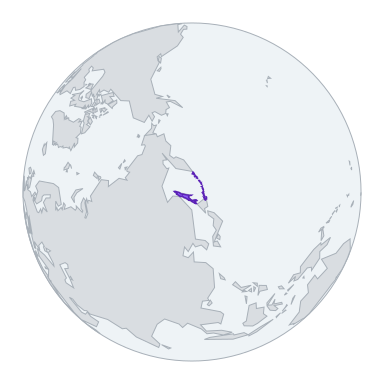 globe centered on Sakhalin, rotated 293°
{"feature_id": "RUS-2616", "entity_name": "Sakhalin", "entity_type": "Region", "adm_level": 1, "iso_a3": "RUS", "parent_name": "Russia", "parent_adm1": "", "projection": "orthographic", "projection_center": [146.417, 48.915], "detail": "fine", "context": "on_globe", "style": "filled", "palette": "violet", "viewbox_px": 384, "rotation_deg": 293, "n_neighbors": 0, "source": "natural_earth", "source_scale": "10m", "svg_char_len": 16478}
<svg xmlns="http://www.w3.org/2000/svg" viewBox="0 0 384 384"><g transform="rotate(293 192 192)"><circle cx="192" cy="192" r="169" fill="#eef3f6" stroke="#a8b0b8"/><path d="M281.8,324.7L281.8,325.2L281.6,325.3L281.8,324.7ZM341.4,113.2L342.7,115.6L343.0,116.9L340.5,113.6L333.9,116.9L342.6,119.7L342.4,122.7L339.9,123.6L338.4,120.6L332.8,119.8L330.9,123.5L320.8,121.5L304.6,110.9L307.0,109.2L302.8,107.1L299.6,109.3L298.5,111.3L279.7,110.0L267.4,119.7L268.4,127.5L264.3,122.4L269.5,140.7L266.0,150.5L267.0,136.6L264.8,133.2L260.9,138.3L257.7,135.9L254.0,137.1L250.7,133.9L251.5,126.4L249.3,124.3L246.7,128.1L241.6,127.6L245.8,122.3L237.4,120.9L237.3,109.0L251.3,98.7L248.3,90.7L254.9,77.1L251.3,76.3L251.5,71.1L247.5,68.3L249.9,66.9L244.6,66.0L243.2,67.8L240.4,68.1L237.9,66.8L240.5,64.6L242.2,65.0L241.6,63.7L244.0,63.2L241.4,62.7L244.8,60.5L237.8,60.7L237.4,57.4L240.7,56.4L245.1,59.1L263.6,64.6L268.3,65.1L270.5,62.8L264.5,52.8L267.7,52.6L268.6,50.4L264.7,49.1L262.6,50.5L255.5,48.0L253.8,50.3L250.7,49.8L247.0,51.5L242.5,48.6L240.1,45.0L242.8,43.5L241.9,42.0L235.1,41.5L236.3,37.4L230.1,32.5L231.0,31.9L240.1,33.7L250.6,38.2L262.4,41.9L249.6,37.0L252.0,36.2L250.2,35.2L247.1,34.0L244.2,33.4L243.9,32.8L256.5,37.0L256.9,37.6L252.9,36.2L257.9,38.4L266.4,41.9L266.9,41.6L279.1,48.3L279.7,48.2L282.7,49.9L281.0,49.4L284.2,50.6L298.7,61.0L299.5,61.7L304.3,65.8L308.1,69.4L313.1,74.7L314.1,75.4L319.4,82.1L326.6,91.0L332.7,98.5L333.1,99.1L341.4,113.2ZM327.4,220.0L326.0,217.3L328.2,217.1L327.4,220.0ZM324.2,217.0L324.9,217.6L324.2,217.3L324.2,217.0ZM323.1,217.6L323.9,217.2L323.1,218.0L323.1,217.6ZM321.7,218.9L322.4,218.1L322.3,218.3L321.7,218.9ZM319.0,219.9L318.3,220.0L318.9,219.0L319.0,219.9ZM298.5,112.7L299.9,109.7L303.9,108.7L303.2,111.5L298.5,112.7ZM290.3,114.9L290.0,112.6L294.7,114.6L293.4,115.3L290.3,114.9ZM269.8,133.8L271.5,130.9L270.9,134.5L269.8,133.8ZM254.1,137.9L254.6,139.5L252.5,139.5L254.1,137.9ZM249.8,53.0L248.5,52.3L249.8,52.3L249.8,53.0ZM249.5,54.6L252.0,55.2L252.2,56.0L250.6,55.6L249.5,54.6ZM245.4,134.7L241.8,134.3L245.6,133.3L245.4,134.7ZM246.3,53.6L252.3,57.4L252.6,59.0L246.9,58.8L246.3,53.6ZM239.8,133.2L231.1,132.8L231.5,136.3L225.5,126.4L234.9,129.9L239.5,128.1L238.1,130.9L239.8,133.2ZM243.9,69.0L245.2,67.0L246.4,70.0L243.9,69.0ZM245.3,70.9L252.8,80.4L249.6,82.9L247.7,79.1L245.3,83.7L240.0,80.3L240.1,77.0L243.3,76.0L238.8,75.5L245.3,70.9ZM223.6,121.3L221.7,120.2L223.9,119.9L223.6,121.3ZM239.4,68.5L241.2,70.1L238.5,72.4L234.4,69.7L236.6,69.8L239.4,68.5ZM247.3,86.7L244.5,88.1L239.5,85.7L237.7,85.9L239.6,80.5L247.3,86.7ZM235.9,68.6L232.4,68.3L231.4,66.0L237.5,67.1L235.9,68.6ZM239.6,74.2L238.1,75.2L237.6,73.7L239.6,74.2ZM225.8,58.3L228.1,59.9L226.8,61.2L225.8,58.3ZM231.1,68.3L231.5,69.1L231.2,69.9L228.7,69.3L231.1,68.3ZM235.9,79.2L234.4,78.0L234.9,81.3L231.1,79.8L233.0,76.5L230.6,77.3L229.5,76.9L232.3,74.7L235.9,79.2ZM225.5,71.0L226.6,66.6L222.8,63.2L223.7,61.9L229.8,67.6L225.5,71.0ZM229.3,73.3L227.2,71.5L229.4,70.7L232.3,71.4L229.3,73.3ZM227.9,80.0L233.1,83.2L232.5,83.8L227.9,80.0ZM223.9,70.1L223.7,71.2L223.4,70.0L223.9,70.1ZM226.1,77.1L228.1,78.1L227.4,78.8L226.1,77.1ZM221.6,72.7L221.9,71.2L223.9,71.6L221.6,72.7ZM223.3,74.8L221.8,75.6L224.4,72.6L224.3,75.1L223.3,74.8ZM225.1,77.6L225.3,78.3L224.4,77.1L225.1,77.6ZM214.0,72.2L216.7,68.4L221.0,69.2L217.8,72.8L214.0,72.2ZM115.0,41.6L100.2,50.7L97.0,52.9L94.6,54.0L76.0,69.3L75.5,70.6L63.4,84.5L58.3,92.8L64.8,90.3L73.2,76.5L79.3,71.9L76.4,80.9L69.8,93.9L71.9,92.6L80.0,82.9L82.5,84.8L83.3,79.6L80.0,82.5L80.4,79.5L83.5,76.7L84.2,77.3L87.3,73.4L82.9,71.8L79.1,74.6L84.8,66.2L79.0,70.2L79.2,68.9L89.0,61.7L91.1,61.1L106.1,51.5L104.5,51.4L90.2,60.5L92.8,58.3L90.5,58.7L94.4,56.6L110.4,47.2L118.3,41.6L121.3,38.5L137.0,32.3L141.4,31.3L127.3,37.3L129.1,37.4L137.9,35.1L132.9,37.3L134.7,37.2L130.0,39.8L129.1,43.2L125.2,46.2L130.5,47.5L129.2,49.3L126.4,47.9L122.4,48.8L113.2,57.4L113.1,59.0L117.3,59.3L114.3,61.8L119.5,61.0L117.0,66.6L124.4,59.3L129.5,60.0L131.1,63.7L134.1,62.7L131.5,56.9L129.3,55.9L125.3,57.0L120.4,53.7L122.3,50.8L132.4,49.8L136.3,45.8L142.5,47.2L145.6,61.2L144.0,67.5L129.5,76.5L126.7,74.5L130.4,70.1L121.8,73.7L124.9,73.6L122.4,75.9L126.7,77.6L125.1,79.4L131.8,78.2L130.4,80.5L126.1,81.2L131.1,86.3L129.6,91.7L131.5,92.1L133.9,90.9L130.4,98.9L131.9,98.9L133.7,96.2L138.0,94.4L144.1,94.5L142.5,97.2L140.1,97.6L132.6,102.7L126.4,103.4L126.4,104.6L131.4,104.6L140.5,98.4L144.6,97.7L140.7,100.9L142.4,99.7L144.0,100.2L144.1,103.5L148.6,100.1L167.9,103.7L169.9,110.7L164.3,112.9L176.1,119.5L177.5,127.6L179.1,125.0L185.9,126.9L185.5,124.3L186.8,123.3L204.1,127.8L206.9,131.3L216.1,131.1L217.0,129.9L215.4,127.2L225.5,126.4L231.5,136.3L229.3,138.5L234.6,143.4L228.7,148.0L226.4,154.4L217.0,157.1L215.9,162.1L218.1,163.5L218.3,171.8L211.1,184.5L207.3,168.0L216.1,149.3L211.7,156.2L209.8,152.9L206.5,154.4L203.6,159.6L205.0,161.3L185.6,162.1L172.9,173.5L180.8,176.0L182.9,181.9L175.4,198.8L150.0,213.6L152.5,223.1L150.8,227.7L144.5,228.1L146.8,221.3L142.8,216.6L145.1,212.9L135.7,211.8L138.5,206.6L129.8,208.6L130.1,214.2L137.3,216.8L128.5,221.3L132.4,232.3L129.7,241.4L112.9,250.1L100.4,247.9L98.9,250.0L95.6,244.3L88.7,245.6L92.9,265.0L91.9,268.9L81.8,270.1L82.1,267.1L73.1,251.8L69.6,259.6L76.3,273.3L78.6,283.8L72.6,276.6L70.6,266.9L67.4,261.2L69.6,254.1L69.5,239.2L63.6,236.3L65.4,231.6L64.4,216.4L56.6,211.6L43.4,211.2L39.5,221.9L35.9,222.1L36.8,197.4L40.9,184.7L38.9,181.3L41.7,164.2L39.8,145.7L41.6,141.5L40.8,139.1L43.2,130.5L46.8,124.1L47.2,120.3L38.2,137.4L37.9,141.7L40.7,142.5L37.9,147.3L36.0,156.8L30.7,156.7L31.3,139.9L34.9,130.9L53.5,98.1L54.9,97.0L55.2,96.7L55.6,96.2L53.7,97.3L58.1,91.8L44.4,110.9L40.5,117.4L31.3,140.0L31.3,139.9L29.4,146.3L27.5,157.3L26.7,159.8L25.6,162.9L28.1,151.1L31.4,139.6L35.5,128.3L40.4,117.3L46.1,106.8L52.5,96.6L59.7,86.9L67.5,77.8L75.9,69.3L84.9,61.3L94.5,54.0L104.5,47.5L115.0,41.6ZM59.2,111.6L57.5,120.5L64.5,113.5L64.4,116.4L66.8,113.1L65.0,112.9L71.7,104.8L73.3,107.9L76.7,105.9L77.4,102.8L73.4,98.7L63.8,110.0L61.5,109.3L59.2,111.6ZM251.3,36.0L250.2,35.6L247.4,34.4L249.5,35.0L251.3,36.0ZM230.7,29.6L230.7,28.8L232.1,29.7L234.9,30.1L241.4,32.8L231.8,31.8L235.0,31.6L230.7,29.6ZM247.3,36.5L244.3,34.6L248.0,36.7L247.3,36.5ZM149.6,35.5L146.1,36.3L145.1,35.4L150.2,32.6L151.7,33.7L149.6,35.5ZM141.4,37.8L150.0,38.0L147.3,40.1L147.3,38.8L144.6,40.2L144.1,38.5L132.9,40.7L131.3,40.1L141.5,34.6L139.1,36.5L142.7,35.5L141.4,37.8ZM177.1,38.0L180.8,39.0L169.9,42.1L167.7,40.9L172.6,37.7L178.1,37.3L177.1,38.0ZM235.1,52.9L237.2,53.7L236.5,54.2L234.1,54.0L235.1,52.9ZM227.0,58.9L225.0,50.4L227.4,50.8L223.4,45.8L228.1,44.9L230.5,48.1L231.1,43.9L235.1,46.4L234.8,43.5L239.6,50.7L243.3,53.0L237.5,50.7L233.1,51.4L232.3,52.4L232.8,57.2L238.5,63.0L235.0,64.9L231.1,64.7L229.3,63.6L232.1,62.7L227.5,61.9L230.2,59.7L227.0,58.9ZM187.3,66.1L191.3,64.7L182.7,64.3L185.3,61.5L184.1,61.6L184.1,59.0L182.1,56.1L183.9,55.2L182.4,54.5L182.3,52.9L180.8,51.7L183.6,49.6L181.9,48.1L184.2,48.0L180.5,46.0L184.5,46.6L184.8,44.8L180.8,45.1L199.6,38.4L204.4,35.7L206.3,33.2L212.9,35.0L215.3,38.7L214.8,43.4L209.2,46.0L213.2,46.5L211.7,48.0L209.2,47.0L212.1,49.5L210.2,50.5L209.9,55.6L215.3,59.1L215.3,61.2L212.2,60.4L214.4,63.1L208.5,63.0L208.4,64.6L202.5,66.3L196.7,64.0L196.9,66.0L192.5,67.6L187.3,66.1ZM212.2,72.6L204.6,70.1L202.3,67.5L213.5,65.7L214.4,64.3L221.5,63.4L224.7,67.3L222.4,67.2L220.9,68.0L220.5,66.4L219.7,68.3L216.5,68.2L215.0,69.7L212.9,68.5L212.2,72.6ZM96.1,54.0L94.2,55.6L91.7,57.8L90.1,58.3L96.1,54.0ZM107.0,47.5L105.6,48.5L102.3,50.0L104.3,48.5L107.0,47.5ZM107.8,48.1L105.8,48.5L108.1,47.4L107.8,48.1ZM125.4,49.1L124.3,50.5L123.0,50.7L122.3,50.0L125.4,49.1ZM162.2,65.5L164.9,64.8L165.2,65.5L170.9,66.3L169.5,68.7L165.4,69.1L162.2,65.5ZM64.6,88.8L64.4,87.3L65.9,85.5L65.6,86.3L64.6,88.8ZM76.6,71.3L72.5,75.7L76.2,71.4L76.6,71.3ZM161.5,68.2L164.0,68.2L161.8,69.4L161.5,68.2ZM168.7,70.4L166.5,72.0L169.9,69.1L168.7,70.4ZM115.2,321.9L120.0,324.3L119.9,324.7L115.2,321.9ZM110.1,318.1L115.4,320.7L109.4,318.7L110.1,318.1ZM117.5,321.6L122.9,323.0L125.3,323.2L125.0,324.0L117.5,321.6ZM106.6,316.5L88.6,306.2L81.8,300.6L83.1,299.9L94.1,307.3L106.6,316.5ZM82.6,299.5L72.6,287.3L61.1,261.0L65.1,265.2L77.7,285.6L76.8,286.5L82.9,294.9L82.6,299.5ZM107.9,305.3L107.0,309.5L96.8,303.7L92.4,300.3L89.2,292.3L91.0,290.1L94.5,292.4L109.9,288.9L115.0,294.3L109.9,296.8L114.2,303.3L107.9,305.3ZM39.6,223.6L40.1,233.4L38.4,231.8L39.6,223.6ZM117.3,283.5L110.3,285.8L117.0,281.4L117.3,283.5ZM121.9,278.3L121.8,281.2L119.7,277.4L121.9,278.3ZM97.7,253.9L93.9,252.2L94.3,250.1L99.6,251.1L97.7,253.9ZM127.6,249.0L125.6,255.2L124.1,256.9L123.4,252.3L127.6,249.0ZM152.6,90.3L146.3,86.3L140.8,85.5L136.2,88.0L140.0,83.0L148.5,84.3L152.6,90.3ZM166.2,101.6L170.2,99.7L170.3,101.9L169.4,102.6L166.2,101.6ZM167.3,99.5L168.7,94.7L172.2,94.6L170.4,98.4L167.3,99.5ZM164.8,80.7L163.0,79.3L164.9,78.3L164.8,80.7ZM188.6,360.9L188.3,360.9L196.2,360.9L188.6,360.9ZM255.4,348.6L255.6,348.5L254.4,348.7L257.1,347.9L257.7,347.7L255.4,348.6ZM154.5,354.9L126.2,347.5L119.2,344.3L119.2,343.9L109.2,336.7L111.3,337.8L107.7,333.5L123.4,337.6L134.0,334.7L144.8,338.5L151.7,334.6L163.5,337.6L161.1,341.5L174.6,346.4L180.7,337.4L191.9,348.5L203.7,351.7L210.6,355.8L200.4,360.4L191.8,360.9L188.8,360.7L185.6,360.7L178.6,360.2L172.1,358.7L169.0,358.6L170.8,358.0L166.9,358.2L162.1,356.7L154.5,354.9ZM240.0,344.2L242.5,343.9L247.3,344.2L243.3,344.9L240.0,344.2ZM275.7,329.1L277.4,329.1L274.6,330.4L275.7,329.1ZM281.6,325.3L278.2,327.1L281.8,324.7L281.6,325.3ZM249.7,336.9L251.2,337.2L250.3,337.6L249.7,336.9ZM248.6,336.9L249.7,335.7L249.9,336.7L248.6,336.9ZM235.7,333.5L237.0,332.8L237.7,333.1L235.7,333.5ZM127.1,327.1L133.6,326.3L137.4,327.3L127.1,327.1ZM233.5,332.5L230.1,332.8L230.3,332.2L233.5,332.5ZM233.4,331.1L232.9,330.2L235.4,332.0L233.4,331.1ZM226.7,329.7L231.0,330.9L226.2,330.0L226.7,329.7ZM224.3,330.1L221.3,329.6L221.5,329.3L224.3,330.1ZM193.6,331.5L204.4,337.2L196.3,336.9L187.1,332.9L181.0,335.4L166.4,332.7L169.4,331.3L167.2,327.8L152.8,323.5L150.0,320.6L154.8,320.4L145.7,316.3L155.6,317.9L159.9,323.3L165.6,321.0L176.1,323.7L186.6,326.5L195.6,330.4L193.6,331.5ZM156.2,327.6L158.0,328.0L156.5,328.9L156.2,327.6ZM215.7,327.5L220.0,329.4L219.6,329.9L217.5,329.7L215.7,327.5ZM197.6,329.8L207.0,326.6L209.4,326.7L203.2,330.5L197.6,329.8ZM204.5,324.2L209.1,324.8L211.7,326.8L210.8,327.3L204.5,324.2ZM135.9,318.0L135.6,319.1L133.1,317.3L135.9,318.0ZM139.1,318.3L146.7,321.9L138.4,319.1L139.1,318.3ZM117.3,305.8L119.3,309.7L125.8,310.3L120.9,311.1L125.5,317.7L124.2,318.9L119.5,312.0L118.3,316.6L115.5,315.3L113.7,310.1L116.4,305.6L119.2,304.3L131.0,308.0L117.3,305.8ZM138.9,314.6L137.0,310.4L138.5,308.5L140.6,311.1L138.9,314.6ZM131.7,299.5L127.1,293.2L122.5,293.1L132.3,290.3L135.0,296.9L131.7,299.5ZM128.6,288.0L124.2,287.9L129.0,285.9L128.6,288.0ZM123.3,285.9L123.3,282.5L126.5,284.3L123.3,285.9ZM130.7,289.0L132.4,283.8L133.6,287.7L130.7,289.0ZM123.3,274.5L129.3,282.9L120.6,276.7L122.5,265.6L126.4,267.0L123.3,274.5ZM159.0,236.2L159.3,232.4L163.5,232.8L162.1,235.3L159.0,236.2ZM177.2,231.6L164.7,231.7L154.7,232.0L156.8,234.5L152.7,239.8L150.7,232.8L159.2,228.4L166.4,229.3L169.4,224.6L175.8,222.6L177.4,215.9L180.8,213.8L181.6,220.3L177.2,231.6ZM177.8,213.0L182.8,201.6L189.7,205.3L190.1,208.6L184.9,212.2L181.6,210.0L177.8,213.0ZM186.1,200.1L182.9,197.9L183.7,178.8L185.5,175.8L188.6,191.8L185.8,190.7L184.4,194.9L186.1,200.1ZM221.3,121.8L221.6,120.3L222.7,122.0L221.3,121.8ZM186.5,121.8L188.4,120.6L189.6,122.4L186.5,121.8ZM194.5,118.5L191.8,117.2L195.3,117.4L194.5,118.5ZM185.6,114.8L191.0,116.2L184.9,116.6L185.6,114.8Z" fill="#d9dde1" stroke="#a8b0b8" stroke-width="1"/><path d="M185.3,176.0L185.5,176.1L185.5,175.9L185.6,175.6L186.1,176.5L185.9,177.2L185.8,177.3L186.0,177.8L185.9,177.4L185.9,177.6L186.0,177.8L186.0,178.0L186.1,178.3L186.2,178.2L186.2,178.3L186.2,178.5L186.3,178.7L186.4,178.8L186.6,180.2L186.5,180.4L186.5,181.0L186.4,181.5L186.2,181.8L186.2,181.5L186.4,181.4L186.4,181.0L186.1,181.8L186.1,182.4L186.0,182.5L186.1,182.8L186.1,183.0L186.3,183.7L186.2,183.7L186.1,184.2L186.4,184.2L186.4,183.8L186.5,184.1L186.6,184.7L186.4,184.7L186.6,184.9L186.6,185.1L186.6,184.8L187.1,187.8L187.4,188.7L187.6,189.5L187.6,189.8L187.8,190.2L187.8,190.4L187.9,191.0L188.1,191.5L188.6,192.1L188.7,192.6L188.8,192.8L188.6,192.7L188.5,192.3L188.3,191.9L187.9,191.5L187.8,191.3L187.5,190.9L186.8,190.7L186.4,190.6L186.2,190.5L185.9,190.5L186.1,190.6L186.7,190.7L186.1,190.7L185.8,190.9L185.4,191.2L185.3,191.5L185.4,191.8L184.9,192.9L184.4,194.5L184.3,195.2L184.4,195.6L184.7,196.2L184.9,196.3L185.2,196.7L185.2,197.1L185.2,197.3L185.4,197.8L185.5,197.9L185.3,198.0L185.4,198.4L185.6,198.3L185.8,198.5L185.9,198.4L185.5,198.2L185.8,198.1L186.0,198.0L186.1,198.8L186.2,199.2L186.2,199.3L186.3,199.4L186.0,199.9L186.0,200.2L185.9,200.4L185.9,199.8L185.7,199.3L185.7,199.0L185.8,199.0L185.9,198.9L185.6,198.8L185.4,198.7L185.2,198.7L184.9,198.6L184.7,198.7L184.5,198.2L184.3,198.3L184.0,198.5L183.9,198.7L183.6,199.4L183.4,200.3L183.2,200.4L183.1,200.6L182.8,200.2L182.8,199.5L182.7,198.7L183.2,197.2L183.3,196.9L183.1,196.5L183.2,196.3L183.1,196.0L183.2,195.6L183.5,194.9L183.7,194.6L183.6,193.5L183.2,192.6L183.1,192.1L183.4,191.9L183.5,191.3L183.5,191.2L183.6,190.9L183.6,190.6L183.8,190.2L183.9,189.5L183.9,188.9L184.0,188.3L183.9,187.7L184.0,187.5L183.8,186.9L183.9,186.5L184.0,186.1L184.0,185.9L184.3,185.5L184.3,185.3L184.2,184.9L184.2,184.7L184.0,184.4L184.0,184.2L183.8,184.0L183.8,183.8L183.7,183.8L183.6,183.6L183.4,183.4L183.6,183.5L183.6,183.4L183.6,183.2L183.3,183.0L183.4,182.9L183.4,182.4L183.5,182.2L183.4,182.0L183.4,181.8L183.4,181.7L183.7,181.3L183.8,180.9L183.8,180.7L183.9,180.0L184.0,179.7L183.9,179.2L183.9,178.9L183.9,178.7L184.2,178.4L184.7,178.2L184.7,178.5L185.0,178.7L185.3,178.3L185.5,178.2L185.3,178.1L185.2,178.2L185.2,177.9L185.4,177.8L185.5,177.9L185.7,177.7L185.7,177.4L185.5,177.7L185.3,177.7L185.6,177.3L185.6,177.0L185.2,176.4L185.1,176.2L184.9,175.9L185.2,176.1L185.3,176.0ZM196.9,202.2L197.0,202.4L197.0,202.5L196.9,202.5L196.5,202.5L196.2,202.7L195.9,202.8L195.1,203.6L194.8,203.7L194.7,203.5L194.6,203.8L194.4,204.0L193.8,204.5L193.7,204.8L193.3,204.9L193.1,205.2L192.9,205.2L193.0,205.0L193.1,204.9L193.1,204.6L193.2,204.8L193.3,204.7L193.2,204.5L193.4,204.6L193.6,204.4L193.6,204.2L193.4,204.1L193.5,204.0L193.8,203.9L194.2,203.6L194.3,203.3L194.5,203.3L194.8,203.0L195.1,202.8L195.0,202.5L195.2,202.2L195.3,202.7L195.4,202.8L195.9,202.7L196.4,202.1L196.8,201.9L197.0,202.0L196.9,202.2ZM210.1,185.8L210.2,186.1L210.0,186.4L209.8,186.9L209.7,187.0L209.3,187.2L209.1,187.4L209.0,187.8L208.9,187.8L208.9,187.7L208.6,187.6L208.6,187.4L208.6,187.2L208.9,186.7L209.4,186.5L209.5,186.3L209.6,185.7L209.9,185.4L210.0,185.4L210.1,185.8ZM191.8,205.2L192.3,205.2L192.2,205.4L191.8,205.6L191.4,205.7L191.0,206.1L190.9,206.4L190.7,206.5L190.4,206.8L190.2,206.9L190.2,207.5L190.2,207.3L190.1,207.2L189.9,207.3L189.9,206.9L190.5,206.3L190.7,206.0L190.8,205.9L190.9,205.7L191.1,205.6L191.4,205.0L191.5,205.0L191.8,205.2ZM200.0,199.8L200.5,199.7L200.1,200.1L199.8,200.3L199.7,200.4L199.7,200.6L199.4,200.9L199.2,201.0L198.6,201.6L198.2,201.7L198.3,201.4L198.5,201.3L198.7,200.9L199.0,200.8L199.4,200.2L199.7,200.1L199.7,199.9L200.0,199.8ZM210.6,185.0L210.7,185.3L210.6,185.7L210.3,185.7L210.2,185.6L210.2,185.3L210.4,185.1L210.6,185.0ZM208.0,188.9L208.2,189.0L208.0,189.5L208.1,189.8L207.9,190.1L207.7,190.0L207.7,189.8L207.7,189.6L207.9,189.2L208.0,188.9ZM203.6,196.8L203.7,196.7L203.8,196.8L203.6,197.0L203.3,197.5L203.0,197.9L202.9,197.9L202.7,197.8L202.7,197.7L203.0,197.6L203.6,196.7L203.6,196.8ZM192.9,206.8L193.1,206.9L193.1,207.1L192.6,207.2L192.6,207.3L192.4,207.2L192.9,206.8ZM209.0,185.4L208.8,185.3L208.7,185.2L208.8,185.1L209.1,185.1L209.2,185.4L209.0,185.4ZM207.1,191.2L207.1,191.3L206.8,191.7L206.8,191.8L206.7,191.8L206.7,191.7L206.9,191.5L206.9,191.3L207.1,191.2ZM207.7,190.4L207.7,190.6L207.4,190.5L207.7,190.4ZM204.1,196.0L204.2,196.3L204.0,196.2L204.1,196.0ZM205.1,194.7L205.2,194.9L205.1,195.0L205.0,194.9L205.1,194.7ZM205.5,193.9L205.5,194.0L205.4,194.0L205.2,193.8L205.3,193.7L205.5,193.9ZM191.3,207.9L191.6,207.9L191.6,208.0L191.4,208.1L191.3,207.9ZM207.2,188.5L207.3,188.6L207.3,188.8L207.2,188.8L207.1,188.7L207.2,188.5ZM190.8,208.1L191.0,208.2L190.9,208.2L190.8,208.1ZM200.9,198.9L201.0,199.0L200.9,199.0L200.9,198.9ZM191.9,207.5L191.7,207.6L191.8,207.5L191.9,207.5ZM191.3,208.1L191.2,208.2L191.3,208.1L191.3,208.1ZM185.3,176.0L185.4,175.9L185.3,176.0Z" fill="#8b5cf6" stroke="#5b21b6" stroke-width="1.5"/></g></svg>